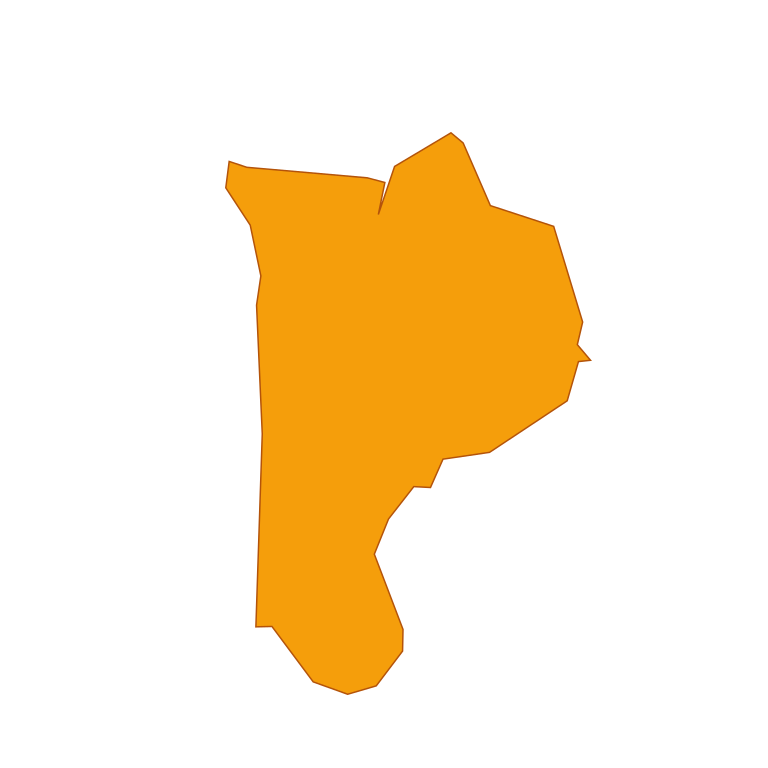 the district of McLean, Kentucky, United States of America, rotated 244°
{"feature_id": "52423323B25082659820780", "entity_name": "McLean", "entity_type": "district", "adm_level": 2, "iso_a3": "USA", "parent_name": "United States of America", "parent_adm1": "Kentucky", "projection": "mercator", "projection_center": [-87.273, 37.532], "detail": "fine", "context": "isolated", "style": "filled", "palette": "amber", "viewbox_px": 768, "rotation_deg": 244, "n_neighbors": 0, "source": "geoboundaries", "source_scale": "gbopen_adm2", "svg_char_len": 579}
<svg xmlns="http://www.w3.org/2000/svg" viewBox="0 0 768 768"><g transform="rotate(244 384 384)"><path d="M260.7,328.9L278.7,365.8L270.6,380.4L290.6,404.1L276.3,448.9L288.6,541.3L318.9,568.6L314.8,580.0L334.6,575.0L352.6,589.7L451.3,605.6L497.7,557.8L565.9,560.8L580.4,554.3L574.9,488.9L538.8,453.2L564.7,473.1L576.6,459.4L638.9,355.7L651.9,342.4L629.7,327.8L585.4,333.4L535.1,320.7L510.7,304.0L392.5,252.7L221.9,162.4L215.2,177.0L147.3,189.8L121.1,215.3L116.1,244.7L135.8,283.6L155.1,293.5L235.3,300.7L260.7,328.9Z" fill="#f59e0b" stroke="#b45309" stroke-width="1.5"/></g></svg>